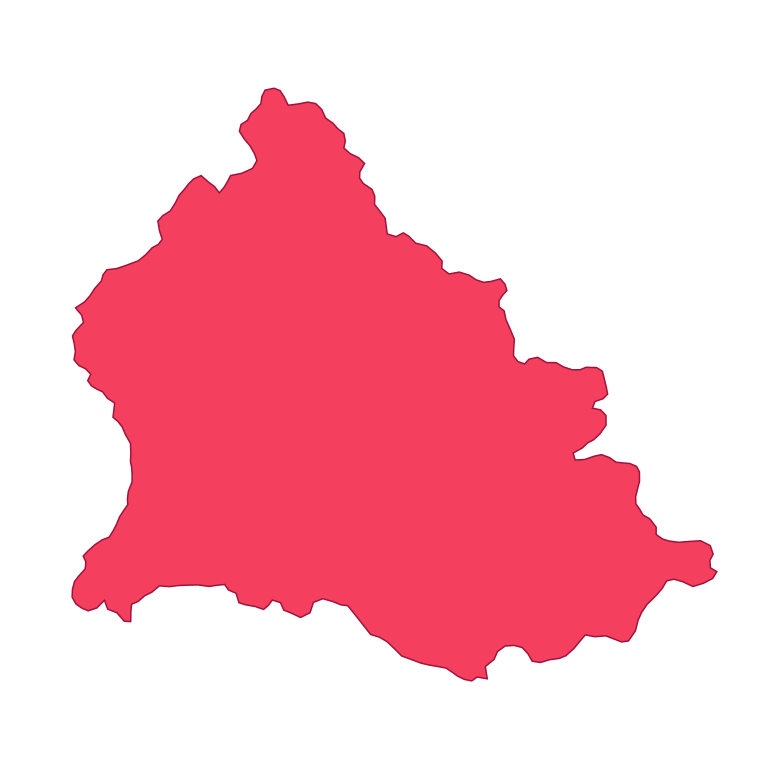 São Sebastião do Maranhão, Minas Gerais, Brazil (orthographic projection), rotated 87°
{"feature_id": "56859067B30691508843220", "entity_name": "São Sebastião do Maranhão", "entity_type": "district", "adm_level": 2, "iso_a3": "BRA", "parent_name": "Brazil", "parent_adm1": "Minas Gerais", "projection": "orthographic", "projection_center": [-42.542, -18.046], "detail": "fine", "context": "isolated", "style": "filled", "palette": "rose", "viewbox_px": 768, "rotation_deg": 87, "n_neighbors": 0, "source": "geoboundaries", "source_scale": "gbopen_adm2", "svg_char_len": 3630}
<svg xmlns="http://www.w3.org/2000/svg" viewBox="0 0 768 768"><g transform="rotate(87 384 384)"><path d="M541.2,119.7L532.5,125.7L528.3,132.3L522.1,135.4L516.8,138.8L509.8,138.6L502.4,136.4L494.5,133.9L485.1,133.5L479.5,136.1L476.3,142.6L475.2,150.0L474.2,156.4L469.3,162.6L465.9,170.5L467.2,178.2L469.9,187.6L469.9,197.1L462.8,198.7L458.3,189.4L453.3,183.5L450.6,177.5L445.0,170.9L436.7,164.4L427.0,164.0L421.1,169.1L419.1,177.1L412.5,174.2L410.2,166.0L405.8,161.2L398.6,162.2L389.0,164.0L382.6,165.3L378.7,170.9L377.9,181.4L380.0,187.3L379.7,195.1L376.4,203.8L371.7,211.0L371.1,220.5L365.4,229.2L366.8,237.9L371.3,242.5L368.7,249.0L362.7,253.2L355.4,252.6L346.1,251.5L336.2,255.0L326.2,258.8L317.3,260.2L312.9,265.1L306.7,264.7L301.7,261.0L297.0,256.4L290.8,257.9L285.1,262.2L287.2,272.0L287.7,279.1L284.7,286.7L279.8,293.1L276.2,302.9L277.5,313.3L271.6,320.3L264.3,319.5L255.9,325.8L248.3,334.1L245.0,345.0L237.7,351.5L234.1,356.8L237.5,364.2L234.4,372.9L218.5,374.2L210.9,379.3L204.3,384.0L196.0,383.4L189.0,385.8L182.7,394.2L177.1,397.6L170.8,397.0L162.8,391.8L156.6,397.6L152.2,405.7L146.3,411.7L139.3,409.9L131.7,411.0L126.4,417.0L121.0,421.2L115.4,428.4L106.8,431.7L100.4,437.5L98.5,445.3L99.8,454.6L100.6,465.1L92.2,468.6L85.6,472.4L82.9,478.3L84.3,487.4L90.5,490.9L97.6,492.3L102.6,497.2L106.9,502.7L113.5,506.5L117.4,513.2L124.1,515.2L132.0,510.7L139.4,505.2L147.4,501.2L154.2,499.2L161.8,504.0L166.2,515.2L167.8,526.3L173.5,529.6L179.2,533.4L184.5,538.5L178.1,542.8L172.9,549.0L166.3,555.7L169.2,563.4L173.9,568.6L179.2,573.2L184.9,578.8L192.1,582.8L200.0,588.4L204.4,596.2L209.4,601.3L219.2,600.2L227.9,597.9L232.8,602.1L235.8,608.4L242.5,615.3L248.1,622.9L250.1,629.3L252.4,636.5L254.8,645.2L255.4,654.7L260.1,658.8L266.4,660.9L273.6,668.0L280.4,672.9L286.3,678.7L291.8,688.1L299.5,682.3L306.8,680.9L314.4,688.8L319.7,692.6L327.6,691.2L335.6,690.5L343.6,692.3L349.6,687.8L353.2,681.2L358.9,676.3L365.1,679.7L370.3,676.5L374.1,671.1L377.1,665.4L383.8,660.9L388.9,654.0L396.7,655.3L403.1,656.4L407.3,651.8L413.2,647.7L420.8,644.9L430.0,640.3L440.1,640.4L448.3,641.3L454.3,640.3L461.2,640.3L468.6,640.7L477.8,644.9L485.0,646.2L491.1,646.2L497.4,651.1L502.7,654.9L510.2,658.5L516.2,662.0L522.6,666.5L524.9,673.6L529.4,681.2L535.7,688.9L540.1,693.4L546.1,691.0L553.0,692.1L559.9,699.0L565.3,703.5L572.9,705.9L580.5,706.6L587.5,703.2L592.0,697.5L595.0,691.3L592.7,682.6L585.4,674.5L594.4,671.7L598.5,662.7L607.3,655.8L608.0,649.4L598.4,648.7L590.7,647.6L588.4,641.1L582.9,634.0L579.8,626.8L573.8,618.8L575.1,609.3L574.5,599.9L574.6,590.8L574.9,580.4L577.0,569.2L576.2,560.9L575.9,553.6L581.6,550.1L585.2,542.7L594.8,540.3L597.1,534.3L599.5,524.2L602.8,516.0L599.1,511.1L593.9,506.8L596.9,498.8L604.5,496.0L607.7,489.1L612.8,479.5L608.5,469.8L598.4,465.9L595.2,456.3L598.6,446.5L602.2,438.8L603.5,431.8L608.8,427.9L615.4,423.2L624.4,416.8L633.4,410.5L636.6,401.8L641.4,394.5L649.0,387.3L656.5,380.6L660.9,370.4L664.8,361.3L667.1,353.3L668.9,345.3L670.9,337.0L675.5,330.8L679.5,325.9L683.2,319.2L685.1,311.9L681.5,306.3L683.8,296.3L671.5,297.6L664.8,288.5L657.2,284.7L652.0,276.7L651.9,267.6L654.4,259.8L661.0,254.3L668.6,250.5L670.3,242.4L668.0,233.1L667.2,223.3L664.9,216.6L658.0,208.1L651.0,201.7L645.1,196.1L647.4,186.7L647.1,175.8L651.1,166.7L654.0,160.2L653.4,153.3L643.8,145.9L633.5,142.7L625.9,138.9L617.9,132.9L613.2,127.5L608.9,122.8L602.9,117.0L595.4,112.0L594.1,104.7L597.1,95.9L602.4,86.1L599.7,75.4L595.4,66.0L588.8,61.4L584.7,67.6L577.2,67.8L571.1,64.2L562.4,66.7L557.1,76.1L557.2,87.3L557.5,98.1L555.8,107.2L553.5,113.7L548.6,120.1L541.2,119.7Z" fill="#f43f5e" stroke="#9f1239" stroke-width="1.5"/></g></svg>